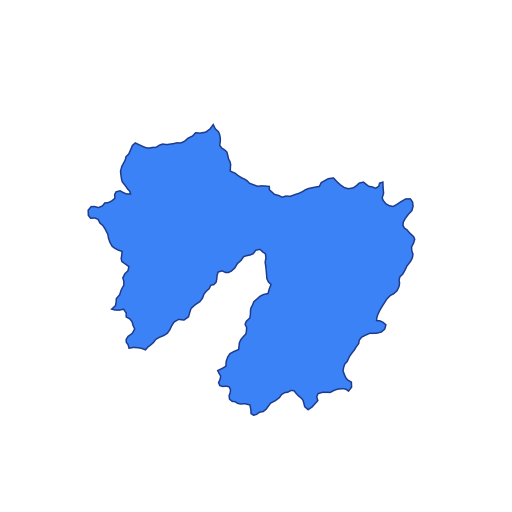 the district of Santa Maria de Itabira, Minas Gerais, Brazil, rotated 52°
{"feature_id": "56859067B20369647049217", "entity_name": "Santa Maria de Itabira", "entity_type": "district", "adm_level": 2, "iso_a3": "BRA", "parent_name": "Brazil", "parent_adm1": "Minas Gerais", "projection": "natural_earth1", "projection_center": [-43.042, -19.431], "detail": "fine", "context": "isolated", "style": "filled", "palette": "blue", "viewbox_px": 512, "rotation_deg": 52, "n_neighbors": 0, "source": "geoboundaries", "source_scale": "gbopen_adm2", "svg_char_len": 4637}
<svg xmlns="http://www.w3.org/2000/svg" viewBox="0 0 512 512"><g transform="rotate(52 256 256)"><path d="M414.1,258.5L410.1,260.1L407.3,260.2L404.3,259.5L400.0,258.1L397.5,255.2L395.8,252.6L395.2,248.9L393.7,246.2L392.4,243.3L391.4,239.7L390.5,236.0L389.2,232.8L388.2,229.0L385.9,226.5L385.0,222.8L385.7,218.9L386.9,214.0L389.6,210.6L391.3,208.1L393.1,203.9L392.8,199.5L390.2,196.0L386.6,196.7L383.3,198.3L381.2,200.8L379.1,198.9L377.2,196.2L375.2,192.3L373.2,187.2L371.8,183.2L370.4,179.3L369.8,174.4L370.5,170.8L370.2,166.3L368.1,162.1L365.8,159.6L363.1,158.1L361.0,155.5L360.6,151.5L358.7,146.9L356.7,143.0L356.0,139.9L355.1,136.8L353.7,133.9L351.2,131.2L347.7,130.0L344.5,127.7L342.9,124.0L340.6,120.7L337.9,119.9L335.1,120.3L332.0,120.8L328.2,120.9L325.4,121.9L322.2,121.3L319.9,118.9L318.3,115.3L316.9,110.0L316.2,105.2L313.6,101.7L309.9,99.4L306.0,99.2L303.2,102.9L302.4,108.6L302.1,113.3L301.4,117.5L298.2,120.1L294.9,121.5L290.7,121.6L287.9,120.8L285.2,116.9L281.8,114.7L278.7,112.6L275.9,110.5L274.7,113.8L276.7,116.4L276.2,120.1L273.1,121.9L270.4,124.3L267.2,125.1L264.0,125.8L262.1,129.7L262.4,133.5L262.2,137.4L259.9,141.7L256.7,144.2L252.3,145.6L247.9,146.4L242.2,146.9L239.6,151.4L239.0,155.0L238.3,159.4L240.2,163.2L238.7,165.9L236.9,169.5L235.1,173.2L234.2,176.4L233.9,179.7L233.1,183.4L231.4,188.0L230.1,192.2L227.1,195.6L225.8,199.2L222.2,200.9L218.9,203.5L215.2,204.1L212.1,204.7L209.4,202.7L207.0,205.2L204.1,208.5L202.1,211.8L198.5,214.0L194.6,216.4L191.2,216.7L188.4,217.7L185.4,219.2L181.7,220.6L177.9,221.5L173.2,224.0L170.3,221.5L168.2,219.6L165.6,218.4L162.6,217.9L159.4,216.3L156.2,215.0L153.1,215.4L150.1,216.5L146.5,216.5L143.7,213.6L141.1,211.5L137.7,209.8L135.0,209.1L130.7,209.8L126.1,208.8L127.6,214.2L127.4,219.4L124.7,224.5L121.7,227.7L122.4,232.1L121.3,237.1L121.6,241.7L120.6,245.7L118.1,248.7L116.8,251.6L115.3,254.2L113.3,257.7L110.2,260.8L109.2,264.0L108.8,268.0L106.8,270.6L105.2,273.7L103.2,275.9L100.5,277.5L96.4,279.6L92.6,281.5L92.8,285.3L95.1,289.4L97.3,293.5L97.7,297.3L99.8,299.9L101.2,302.9L102.8,306.6L105.8,310.6L108.9,312.5L112.0,314.3L115.2,315.7L118.4,315.7L121.3,315.7L124.2,315.9L127.1,315.6L129.9,316.7L127.3,319.9L124.2,321.6L120.9,323.0L119.3,326.8L120.6,329.6L123.6,331.6L123.8,335.9L123.0,339.5L121.1,342.5L122.0,346.1L120.9,350.3L117.6,352.8L115.6,355.5L116.6,360.1L120.8,363.1L124.4,363.1L126.8,359.6L129.9,357.9L134.0,358.7L137.7,357.9L141.3,358.2L144.0,358.7L147.7,359.4L151.4,361.4L155.4,362.7L159.8,363.4L163.3,362.4L166.8,360.8L169.9,358.7L172.5,361.1L175.1,363.9L177.9,365.1L181.8,363.9L186.1,362.7L188.8,366.0L189.3,370.4L191.2,374.4L194.4,375.6L197.6,378.1L199.7,383.0L202.6,387.3L203.6,392.3L206.1,394.5L208.6,397.3L209.0,402.4L211.6,400.5L214.4,397.2L216.4,393.1L221.0,393.4L224.1,395.8L228.1,394.1L231.7,394.2L234.9,395.6L238.8,396.5L240.8,401.2L240.6,406.3L241.9,409.8L244.1,411.3L247.1,411.4L250.5,412.8L252.7,408.7L254.8,406.4L257.0,404.1L259.3,402.4L261.9,400.9L261.2,397.4L261.2,393.1L261.0,390.0L260.0,386.3L260.6,382.1L261.9,377.6L262.3,373.5L261.0,369.2L259.1,365.5L257.6,361.2L258.3,356.0L262.1,352.2L262.4,346.7L260.0,343.4L257.4,339.6L257.0,334.8L257.1,331.6L257.4,328.4L256.3,324.2L253.9,320.3L253.1,316.5L252.9,313.0L251.2,309.6L252.6,306.8L252.1,303.6L250.1,301.2L247.6,298.9L245.3,295.8L246.9,291.8L250.2,290.2L252.0,287.9L252.7,284.8L252.4,280.1L250.5,275.3L250.3,270.7L248.9,266.1L249.9,263.4L251.5,260.2L252.5,256.9L251.3,252.6L253.2,248.8L257.0,248.2L260.0,247.2L263.6,249.3L266.6,252.7L269.9,254.5L273.1,256.5L276.8,258.9L280.6,261.4L284.2,262.2L287.7,261.7L290.3,266.1L293.0,269.6L291.0,273.7L290.2,277.6L290.5,281.9L290.7,285.9L292.5,288.9L293.9,292.1L295.8,294.1L298.5,296.3L301.0,298.9L301.5,303.9L303.1,306.6L306.6,307.4L309.3,309.8L311.2,312.0L311.7,315.5L312.6,319.6L314.3,322.7L316.3,324.6L319.0,327.3L317.6,332.4L316.9,336.7L318.2,340.5L320.7,344.4L324.3,347.6L323.8,351.8L322.7,356.7L325.8,357.4L328.8,357.7L331.0,360.1L332.8,363.5L335.8,364.3L338.2,362.7L340.2,359.7L342.5,357.7L345.7,358.4L347.9,360.6L349.6,363.3L352.5,365.0L355.9,364.3L357.9,362.2L360.8,361.2L363.3,359.1L365.5,355.7L369.7,352.5L374.0,354.7L377.1,356.9L380.0,356.0L381.1,353.0L381.3,349.4L383.0,346.1L383.0,342.5L382.1,339.3L380.9,335.1L381.9,329.7L382.0,324.8L380.9,321.1L381.3,317.6L382.9,314.7L383.6,311.0L385.6,309.0L388.3,309.0L392.1,308.7L396.0,307.8L398.7,307.8L401.4,308.9L404.7,310.4L409.2,309.6L409.5,304.6L408.7,300.3L408.0,296.3L404.2,294.8L402.7,291.8L404.3,287.6L406.7,284.5L409.2,281.5L410.0,277.1L411.2,273.6L412.8,271.1L414.5,268.6L416.8,267.0L419.4,266.3L418.2,261.4L414.1,258.5Z" fill="#3b82f6" stroke="#1e3a8a" stroke-width="1.5"/></g></svg>